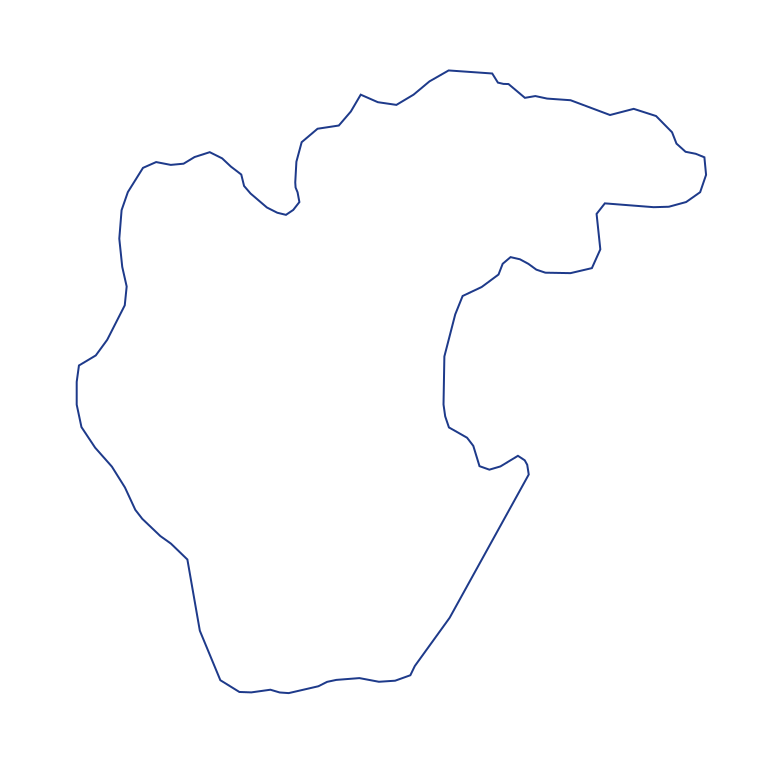 an SVG outline of Plateau, rotated 94°
{"feature_id": "NGA-2866", "entity_name": "Plateau", "entity_type": "State", "adm_level": 1, "iso_a3": "NGA", "parent_name": "Nigeria", "parent_adm1": "", "projection": "orthographic", "projection_center": [9.38, 9.346], "detail": "fine", "context": "isolated", "style": "outline", "palette": "blue", "viewbox_px": 768, "rotation_deg": 94, "n_neighbors": 0, "source": "natural_earth", "source_scale": "10m", "svg_char_len": 1536}
<svg xmlns="http://www.w3.org/2000/svg" viewBox="0 0 768 768"><g transform="rotate(94 384 384)"><path d="M672.7,337.4L679.2,352.2L681.4,368.3L679.1,388.0L682.5,410.9L685.1,420.0L690.1,428.4L699.0,457.5L699.0,466.5L696.9,476.0L700.9,494.9L701.3,506.8L690.9,526.6L643.0,550.5L572.8,567.9L558.1,585.4L551.3,596.5L535.4,615.7L526.9,623.3L505.3,635.2L485.4,649.7L467.7,667.7L448.1,682.8L426.1,689.1L403.3,690.7L386.8,689.6L375.6,673.5L359.2,663.2L323.6,648.1L304.7,647.5L285.4,653.3L257.5,658.2L228.9,657.9L210.4,652.9L185.2,639.5L178.5,626.8L180.3,612.0L178.2,599.3L170.8,588.8L164.9,574.0L170.2,561.2L177.8,551.9L185.0,541.0L196.2,537.4L203.3,530.4L216.1,513.1L220.6,502.4L222.1,493.6L216.7,486.7L208.4,481.1L198.8,483.6L194.2,485.9L189.1,486.6L168.4,486.9L148.5,483.0L134.0,468.1L129.3,447.1L114.5,436.1L97.0,427.4L103.3,409.8L104.7,391.1L93.3,374.7L78.9,359.7L66.7,341.4L66.7,297.7L75.4,291.4L76.3,285.8L76.1,280.7L88.7,263.4L86.2,253.1L87.9,241.2L87.9,217.7L99.9,177.3L92.1,154.1L97.7,131.3L112.8,114.2L123.8,109.0L131.3,99.4L132.6,89.1L135.5,80.2L152.9,77.3L170.6,82.0L181.4,95.3L187.3,112.2L188.8,127.3L188.4,176.3L199.5,183.8L234.6,177.6L253.9,184.7L260.4,205.7L261.7,230.8L259.3,240.0L254.1,248.3L250.1,257.1L248.6,266.6L255.8,274.0L266.8,277.4L280.4,293.3L290.7,311.7L309.6,317.8L352.3,325.7L400.3,323.2L412.0,320.7L422.8,316.2L431.8,297.4L439.5,290.6L459.3,283.0L462.1,272.9L458.1,262.1L446.3,245.4L450.3,238.3L454.6,235.5L464.2,233.3L612.6,302.2L663.2,333.6L672.7,337.4Z" fill="none" stroke="#1e3a8a" stroke-width="2"/></g></svg>